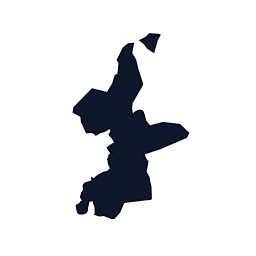 the district of Owerri West, Imo, Nigeria, rotated 203°
{"feature_id": "59680162B78900735102434", "entity_name": "Owerri West", "entity_type": "district", "adm_level": 2, "iso_a3": "NGA", "parent_name": "Nigeria", "parent_adm1": "Imo", "projection": "natural_earth1", "projection_center": [6.985, 5.415], "detail": "fine", "context": "isolated", "style": "filled", "palette": "ink", "viewbox_px": 256, "rotation_deg": 203, "n_neighbors": 0, "source": "geoboundaries", "source_scale": "gbopen_adm2", "svg_char_len": 2611}
<svg xmlns="http://www.w3.org/2000/svg" viewBox="0 0 256 256"><g transform="rotate(203 128 128)"><path d="M160.9,182.6L158.1,173.8L160.2,171.1L159.2,163.2L160.8,152.2L176.1,149.9L185.6,125.9L184.5,121.2L175.7,120.4L173.1,115.5L170.2,113.0L168.1,110.9L164.4,107.6L159.0,110.1L155.7,109.6L154.9,109.0L153.1,111.1L152.1,113.0L149.1,115.1L147.1,117.3L145.6,120.0L142.9,120.5L142.5,118.4L142.2,116.5L142.9,115.4L142.1,114.0L139.8,113.4L133.9,109.5L135.6,107.6L136.5,106.3L138.3,103.5L139.3,101.8L134.5,98.6L132.8,98.7L133.8,97.1L134.4,96.2L134.8,95.5L134.3,94.6L134.2,93.3L134.1,92.6L134.3,92.0L134.3,91.3L134.0,90.7L133.1,90.4L132.9,89.6L132.5,89.2L132.4,88.8L132.6,88.4L132.5,88.2L132.0,88.0L131.6,87.7L131.3,87.5L131.2,87.0L131.0,86.7L130.7,86.5L130.5,86.1L130.2,86.3L129.8,86.4L129.7,86.3L129.5,86.0L129.4,85.7L129.3,85.8L129.1,85.3L128.9,84.9L128.8,84.6L128.4,84.4L128.1,84.1L127.7,83.9L128.4,83.2L128.6,82.6L129.1,81.4L129.6,80.4L130.3,79.1L131.0,79.0L131.9,78.5L133.4,77.3L135.3,74.7L136.7,73.0L137.6,71.6L139.8,67.3L141.8,67.9L141.8,67.4L140.6,66.1L140.1,65.4L144.8,61.3L145.9,60.7L146.7,57.9L144.8,54.1L144.6,53.3L144.9,52.0L145.1,51.0L145.2,49.9L145.0,49.6L144.8,49.0L144.7,48.6L144.8,48.2L144.9,47.7L144.8,47.4L144.7,46.6L144.5,46.0L144.2,45.6L143.3,45.0L141.6,44.0L140.9,43.1L141.5,42.7L142.2,42.1L142.6,41.5L142.7,40.7L142.8,39.5L143.2,38.9L144.1,37.9L144.9,37.1L145.2,36.7L143.4,33.5L142.4,32.2L140.8,30.4L139.2,30.1L136.0,31.5L135.0,32.4L133.6,33.8L133.4,35.3L133.5,36.7L134.2,38.3L134.6,40.7L135.1,43.5L135.5,45.6L134.5,46.1L133.3,46.7L132.8,47.1L131.9,47.9L131.4,48.1L130.6,46.5L130.1,45.4L128.8,44.1L127.0,42.1L126.1,40.0L125.8,39.2L125.2,38.0L124.9,37.5L124.7,36.9L124.6,36.3L124.7,35.7L124.1,35.8L123.1,35.9L122.1,35.7L120.2,36.2L119.0,36.6L118.0,37.1L117.2,37.8L116.5,38.1L116.0,38.2L114.1,38.4L113.5,38.2L112.3,38.3L111.0,38.6L110.7,38.7L109.1,38.3L108.2,38.3L107.7,38.4L105.5,39.6L103.0,47.1L102.8,58.0L81.4,70.3L79.6,71.1L79.1,72.0L84.0,82.6L85.0,84.1L87.3,87.1L89.6,90.8L94.4,94.5L96.7,104.7L99.4,106.2L103.4,110.3L90.5,121.6L70.6,142.4L70.4,147.0L81.7,151.3L98.0,146.5L108.6,138.2L114.6,141.3L117.0,144.5L118.1,146.0L119.8,147.9L121.4,149.2L123.6,149.1L125.4,148.1L127.9,144.7L128.6,142.1L128.7,141.1L132.6,147.4L134.3,152.8L133.6,157.4L131.8,171.9L131.9,174.2L133.3,175.7L141.6,185.4L147.9,193.7L154.1,198.2L156.1,207.8L160.5,205.5L163.5,199.9L164.3,186.5L161.6,184.8L160.9,182.6ZM145.0,223.0L146.4,219.5L147.1,218.1L151.0,213.4L146.0,212.1L141.4,209.3L134.0,207.9L135.4,218.8L135.7,220.4L135.0,225.9L136.4,225.9L145.0,223.0Z" fill="#0f172a" stroke="#020617" stroke-width="1.5"/></g></svg>